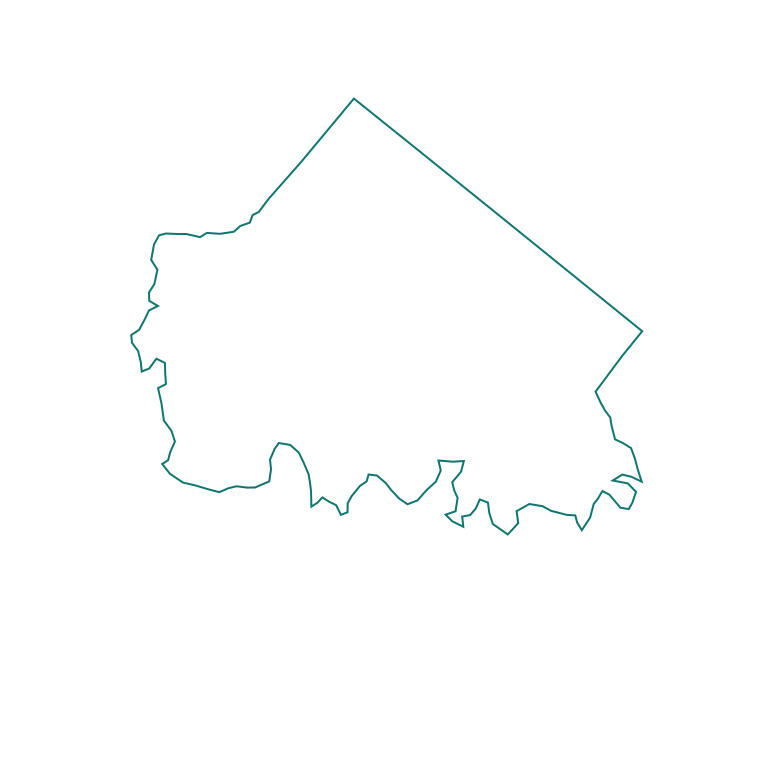 the district of Uraí, Paraná, Brazil, rotated 130°
{"feature_id": "56859067B91534490521731", "entity_name": "Uraí", "entity_type": "district", "adm_level": 2, "iso_a3": "BRA", "parent_name": "Brazil", "parent_adm1": "Paraná", "projection": "robinson", "projection_center": [-50.799, -23.207], "detail": "fine", "context": "isolated", "style": "outline", "palette": "teal", "viewbox_px": 768, "rotation_deg": 130, "n_neighbors": 0, "source": "geoboundaries", "source_scale": "gbopen_adm2", "svg_char_len": 1882}
<svg xmlns="http://www.w3.org/2000/svg" viewBox="0 0 768 768"><g transform="rotate(130 384 384)"><path d="M514.5,603.4L516.8,593.5L523.7,584.2L530.2,577.6L523.0,573.8L510.9,574.6L508.7,565.3L516.5,558.4L524.2,551.0L532.4,554.4L541.9,542.0L553.5,529.1L556.5,516.8L562.4,507.2L573.8,503.9L581.2,500.4L587.8,502.5L590.4,490.2L588.7,474.6L583.0,463.4L578.0,451.8L572.7,440.6L564.2,436.4L557.2,431.3L551.3,422.2L546.1,416.2L532.4,409.3L522.0,415.7L515.2,422.7L503.8,426.1L496.8,426.6L491.0,416.7L491.3,405.2L495.6,395.6L501.7,383.6L507.2,377.2L512.8,371.2L524.6,360.8L517.8,358.7L510.5,358.3L509.5,350.5L507.6,342.8L511.9,332.9L505.7,329.5L498.7,335.1L490.9,336.7L477.6,336.9L469.8,334.7L463.2,337.6L458.7,330.7L458.7,319.2L460.6,310.3L462.0,298.6L461.0,288.7L451.6,283.5L438.3,283.2L425.4,281.5L413.8,284.9L407.6,293.1L399.4,281.5L391.7,273.3L401.7,268.6L415.4,268.6L420.5,261.6L423.9,254.4L435.5,247.4L444.5,252.8L445.3,243.6L442.4,231.5L435.3,238.9L429.0,233.7L420.2,233.7L410.9,236.4L408.0,228.2L415.4,220.1L421.3,210.6L419.7,192.5L404.3,191.7L396.2,200.7L382.5,195.5L375.7,184.0L373.8,174.6L366.8,159.9L361.7,153.0L366.0,147.0L368.8,138.5L353.9,140.2L341.2,146.2L333.9,146.5L325.6,147.9L323.9,140.2L326.8,123.4L322.5,116.1L315.4,117.4L304.6,121.6L303.4,133.3L310.9,146.7L300.2,143.2L296.1,135.0L293.2,123.8L286.4,134.6L279.8,144.0L274.3,153.5L275.7,163.2L277.9,171.4L269.8,182.7L264.2,189.2L262.4,197.2L259.1,205.9L253.9,217.0L208.8,219.6L177.6,220.1L180.9,406.3L181.8,450.7L182.8,502.5L184.7,590.5L196.1,590.5L267.7,590.2L316.2,591.4L332.7,590.5L339.1,593.2L346.6,590.5L355.4,595.7L363.9,596.9L374.3,606.1L382.1,616.8L389.7,619.3L396.2,631.9L401.3,637.9L408.8,647.7L414.7,651.9L424.9,649.9L438.6,642.1L442.1,631.0L454.9,624.2L465.0,622.8L471.2,617.3L469.5,607.3L478.7,611.3L488.0,608.9L499.8,606.4L509.0,609.1L514.5,603.4Z" fill="none" stroke="#0f766e" stroke-width="2"/></g></svg>